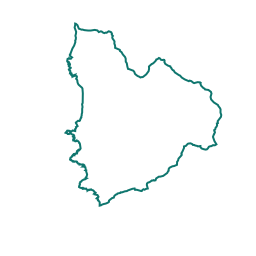 Sao Pedro Apostolo, Ribeira Grande, Cabo Verde (Albers equal-area conic projection), rotated 292°
{"feature_id": "66160863B19660935593220", "entity_name": "Sao Pedro Apostolo", "entity_type": "district", "adm_level": 2, "iso_a3": "CPV", "parent_name": "Cabo Verde", "parent_adm1": "Ribeira Grande", "projection": "albers", "projection_center": [-25.188, 17.13], "detail": "fine", "context": "isolated", "style": "outline", "palette": "teal", "viewbox_px": 256, "rotation_deg": 292, "n_neighbors": 0, "source": "geoboundaries", "source_scale": "gbopen_adm2", "svg_char_len": 5702}
<svg xmlns="http://www.w3.org/2000/svg" viewBox="0 0 256 256"><g transform="rotate(292 128 128)"><path d="M205.0,39.9L203.9,40.4L201.1,40.9L197.8,43.9L196.0,44.4L193.8,44.7L192.2,45.9L190.4,46.4L189.2,46.3L188.0,47.0L184.2,47.2L180.9,46.7L175.7,46.8L175.2,47.0L174.5,46.9L174.3,46.6L173.8,46.7L173.0,47.5L172.9,48.5L172.5,49.6L172.1,49.3L171.1,49.3L170.4,48.3L170.7,47.3L170.2,47.4L169.5,46.1L167.7,46.4L167.4,46.8L166.9,46.8L166.4,47.8L167.0,48.2L166.9,48.6L166.0,48.9L165.6,48.5L165.2,48.6L165.9,49.8L165.3,50.4L164.6,50.5L164.3,50.1L164.4,49.7L163.8,49.6L163.1,49.9L163.0,50.5L162.5,51.0L162.6,51.9L162.5,52.3L162.1,52.4L160.2,51.2L159.5,51.9L159.8,52.3L159.1,53.3L157.0,53.7L157.3,54.4L156.7,54.4L156.5,54.8L156.9,55.4L155.9,55.7L156.0,56.2L155.6,56.5L156.1,56.6L156.0,57.1L156.3,57.2L156.4,57.8L156.7,58.1L156.3,58.1L156.8,58.4L156.6,59.0L156.9,59.2L156.6,59.2L156.8,59.4L156.8,61.1L156.3,61.5L155.3,61.6L153.4,61.4L154.0,61.8L154.0,62.2L153.2,63.1L151.4,64.1L150.3,65.1L149.6,66.1L148.1,70.3L147.5,71.0L143.3,73.1L134.2,76.6L132.9,76.5L130.4,78.0L128.7,78.3L125.2,79.7L123.5,79.9L122.2,80.4L121.1,80.4L120.3,80.8L119.7,80.5L119.0,80.7L118.2,80.4L117.0,80.7L116.3,80.3L116.0,79.0L113.5,77.6L113.0,77.9L112.5,78.7L110.9,80.5L110.3,80.0L109.5,79.9L109.3,79.5L108.9,79.8L107.3,79.7L106.5,78.8L106.7,79.3L106.2,79.4L106.5,79.8L105.4,80.2L104.9,77.5L103.3,76.8L103.2,76.4L103.5,75.7L103.4,75.4L103.0,75.2L103.1,74.5L103.3,74.7L103.4,74.4L103.0,73.1L102.7,72.6L102.0,72.5L101.6,72.7L100.9,72.1L100.2,71.9L100.3,74.0L99.9,74.4L100.3,75.6L101.3,76.0L101.3,77.7L101.1,78.9L101.3,79.5L101.3,80.2L100.6,81.0L99.8,80.3L99.4,80.2L99.3,81.0L98.9,81.1L99.0,81.8L98.7,81.8L98.6,82.2L96.9,81.4L96.3,81.7L96.5,82.3L96.0,82.2L96.1,82.8L96.3,83.0L95.9,84.0L96.1,84.6L96.9,85.0L96.7,85.1L97.1,86.8L96.1,88.4L95.9,88.4L95.9,88.7L95.2,89.4L91.3,91.7L90.2,91.6L89.6,90.5L89.1,90.2L88.8,90.9L88.5,90.8L87.8,89.6L87.4,89.3L87.1,89.4L87.0,89.9L86.7,90.1L85.7,89.6L85.8,90.1L85.3,90.3L84.5,89.0L84.0,88.9L84.0,88.3L83.7,88.2L83.6,87.8L83.4,87.9L82.9,87.2L82.6,87.1L82.6,87.8L82.4,88.1L82.0,87.3L81.1,86.7L80.8,86.9L80.4,86.8L79.0,85.8L77.0,86.1L76.8,86.5L77.2,87.2L76.7,87.7L76.8,89.2L76.4,88.9L76.2,89.2L76.5,89.6L76.4,90.6L77.4,92.0L77.7,93.0L77.5,93.5L76.9,93.7L76.8,94.4L76.3,95.0L76.6,96.4L76.3,96.6L75.9,96.7L76.0,97.1L76.4,97.3L76.9,99.2L77.4,99.8L77.3,100.2L76.7,100.2L77.3,100.9L77.1,101.5L76.5,102.0L75.5,101.2L75.9,102.3L75.6,102.6L75.6,103.2L73.3,104.6L72.9,104.4L73.0,105.2L72.3,105.3L69.6,107.5L67.5,107.8L66.6,107.5L66.6,108.0L65.9,108.3L65.6,108.2L65.3,107.6L64.7,107.3L64.9,107.8L64.1,107.2L63.7,106.3L61.7,104.8L60.9,104.8L60.1,104.0L59.7,104.2L58.6,103.9L57.7,104.6L56.7,104.4L56.4,104.7L55.6,104.5L54.9,104.7L54.7,105.9L54.9,107.4L55.5,108.3L54.8,108.8L55.1,109.2L55.5,109.1L55.6,109.6L55.4,109.9L55.1,109.8L56.1,111.9L55.6,112.3L55.5,113.4L54.8,113.8L55.7,114.2L56.0,114.7L55.6,114.7L56.5,115.8L56.3,115.8L57.2,117.1L57.0,117.7L57.1,119.2L56.1,121.3L55.5,121.3L55.3,121.5L55.0,121.4L55.4,122.1L54.0,122.0L54.4,124.8L53.2,126.4L52.6,126.4L51.6,125.5L50.9,125.3L50.9,126.6L50.1,127.3L49.6,127.3L49.3,128.5L48.5,129.6L45.4,130.8L46.2,131.9L46.9,132.3L48.3,133.8L49.6,135.7L51.2,137.3L52.4,138.0L53.5,137.6L54.1,137.8L57.2,139.6L58.1,140.9L59.9,140.8L61.6,141.6L62.5,142.6L63.3,142.8L65.0,145.3L65.6,145.3L66.2,146.7L68.1,148.8L69.1,150.6L70.1,151.3L73.3,154.9L74.4,156.8L73.3,157.7L74.0,159.2L74.5,163.9L74.8,164.4L76.0,164.6L77.0,165.3L77.0,166.5L78.2,167.4L79.3,169.0L82.2,166.8L83.7,166.4L85.0,167.1L85.8,168.2L88.4,169.9L88.5,170.6L89.3,171.4L89.1,172.0L89.8,173.1L91.8,173.0L94.4,174.8L94.9,176.0L96.8,178.6L101.0,181.2L103.2,181.4L103.6,181.7L105.1,181.1L106.7,181.4L109.1,183.5L110.0,185.0L112.2,187.2L115.1,186.2L116.6,186.6L118.5,186.3L122.9,187.9L123.9,187.6L124.0,187.2L124.6,187.0L126.8,187.3L130.6,187.4L131.9,186.8L133.0,188.3L135.6,189.3L136.1,189.7L137.2,191.7L137.1,193.8L136.6,194.5L137.1,196.0L136.9,196.7L137.3,198.9L137.1,199.6L138.4,201.9L137.4,202.3L136.6,203.9L136.7,205.9L137.0,207.9L137.7,209.1L139.0,209.7L140.9,210.0L142.0,211.2L142.4,212.1L144.0,213.3L144.1,214.2L144.7,215.2L146.0,216.1L148.2,213.1L151.6,210.1L153.7,210.0L154.4,210.2L154.8,210.0L156.3,210.3L156.8,210.1L157.6,209.1L158.3,208.7L159.3,209.4L161.1,209.1L162.4,209.6L163.9,209.6L165.5,208.7L166.2,209.5L167.9,208.6L173.1,210.0L175.0,209.6L176.9,208.0L180.0,206.8L181.0,205.7L182.2,203.6L183.0,202.8L183.9,198.0L185.6,194.4L187.7,192.9L191.2,192.5L192.6,191.3L193.4,188.3L192.6,185.0L193.2,184.2L193.3,182.9L194.6,180.0L196.2,178.5L197.1,178.5L197.3,177.7L196.6,175.4L194.4,172.5L194.4,171.7L195.2,169.1L195.0,167.4L194.2,166.9L194.3,162.4L194.9,159.0L196.1,156.6L196.1,155.4L197.1,150.6L198.5,148.7L198.4,147.9L198.9,146.9L199.6,145.8L200.0,145.6L200.5,144.4L201.0,144.1L200.8,141.8L201.4,138.6L202.8,137.0L204.0,136.8L204.7,136.1L204.5,135.2L203.9,134.5L203.6,133.0L204.5,131.4L204.5,130.4L202.9,129.6L202.2,128.6L200.7,128.5L198.4,127.6L196.8,126.7L196.2,126.0L192.9,124.4L190.7,125.4L188.4,125.8L184.5,124.8L181.0,122.8L180.5,122.2L180.2,121.4L179.5,120.6L179.8,119.2L179.8,117.4L180.5,115.0L180.9,114.1L182.3,112.9L183.1,111.5L183.0,107.0L182.8,105.9L184.7,104.4L187.3,102.8L188.0,102.1L188.6,101.1L191.4,99.9L192.7,98.7L194.3,95.6L195.9,93.6L196.4,91.7L197.4,91.1L197.5,86.0L198.9,85.5L200.4,84.5L201.0,83.8L203.3,83.0L204.7,81.0L204.9,80.5L205.8,79.6L206.8,79.3L207.7,79.5L208.4,78.1L208.8,77.8L209.4,77.8L210.5,76.6L210.4,75.7L210.6,75.1L210.4,73.8L208.3,72.5L208.2,71.7L207.1,70.5L207.1,69.1L207.6,67.4L207.4,66.5L206.0,65.0L207.0,63.1L206.5,60.4L204.5,57.1L203.4,54.4L202.4,50.9L202.2,48.9L201.8,48.2L201.7,45.2L204.4,42.6L205.1,40.6L205.0,39.9Z" fill="none" stroke="#0f766e" stroke-width="2"/></g></svg>